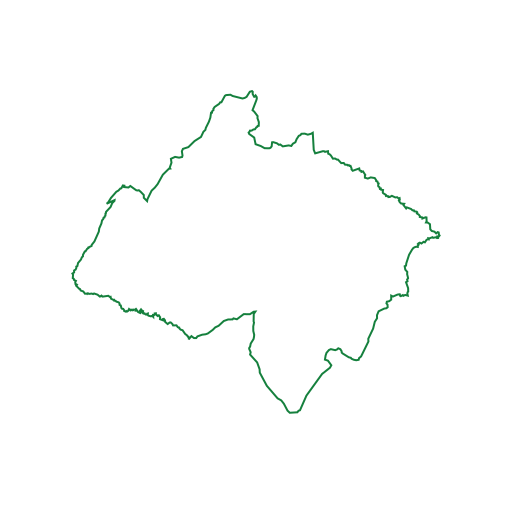 the district of Mkushi, Central, Zambia, rotated 338°
{"feature_id": "96606910B76461295717926", "entity_name": "Mkushi", "entity_type": "district", "adm_level": 2, "iso_a3": "ZMB", "parent_name": "Zambia", "parent_adm1": "Central", "projection": "mercator", "projection_center": [29.248, -13.765], "detail": "fine", "context": "isolated", "style": "outline", "palette": "green", "viewbox_px": 512, "rotation_deg": 338, "n_neighbors": 0, "source": "geoboundaries", "source_scale": "gbopen_adm2", "svg_char_len": 6119}
<svg xmlns="http://www.w3.org/2000/svg" viewBox="0 0 512 512"><g transform="rotate(338 256 256)"><path d="M162.3,308.1L166.1,306.1L167.7,308.8L169.8,309.7L171.6,308.6L176.6,308.8L180.0,309.7L182.3,309.8L188.2,308.3L191.5,306.9L195.2,306.7L201.8,304.2L206.3,304.4L210.5,306.0L211.7,305.4L214.6,307.5L222.8,305.3L228.6,307.7L232.9,306.8L234.6,307.3L232.2,308.9L229.3,315.7L229.2,317.0L227.1,320.2L225.4,324.5L224.8,328.4L223.8,330.3L222.6,332.1L218.3,335.2L216.6,337.8L215.3,338.7L214.9,339.5L215.0,343.2L213.6,345.2L217.2,355.1L216.9,362.4L215.8,365.6L217.4,380.4L222.7,396.1L225.3,399.3L226.5,403.4L227.3,411.2L228.6,414.0L235.8,416.4L237.5,415.4L239.0,415.5L250.5,404.3L273.1,390.1L282.7,387.3L284.9,385.5L283.5,380.0L281.1,377.9L283.3,374.3L285.1,372.2L288.4,370.5L290.5,370.4L294.2,373.0L296.2,373.0L297.7,372.4L299.3,374.0L299.7,376.3L299.3,377.7L299.8,378.8L304.1,384.7L305.8,385.9L306.1,387.1L307.9,388.9L309.9,390.2L312.3,390.7L313.3,389.3L315.8,388.5L328.2,377.4L329.1,374.8L337.4,367.2L341.5,361.5L344.9,359.1L346.0,356.2L349.0,353.2L355.2,352.8L357.3,353.3L358.9,352.8L359.7,350.4L359.2,348.8L360.2,347.4L362.6,347.8L365.0,347.1L366.5,343.4L367.8,344.9L372.7,344.8L374.6,345.2L375.0,345.4L374.7,346.9L375.2,347.5L377.5,347.2L377.7,348.1L379.7,348.0L381.9,349.6L382.3,347.3L383.2,346.2L383.8,346.0L385.0,342.8L385.3,336.5L387.0,336.2L387.3,334.4L388.6,333.7L388.8,333.1L389.3,329.5L390.3,327.4L389.3,324.6L390.0,321.2L391.5,321.1L392.6,319.1L398.4,312.2L402.9,308.7L404.7,307.6L406.2,307.3L408.0,307.4L409.4,308.2L409.8,307.2L411.0,306.5L410.6,305.5L411.5,305.1L412.9,305.0L414.1,306.4L416.7,305.6L417.7,306.6L420.2,304.9L421.3,304.8L422.3,305.3L422.5,304.1L423.2,304.6L426.7,304.7L427.0,305.5L429.7,306.0L430.2,306.7L430.9,306.1L431.2,307.4L431.6,307.5L432.2,306.1L432.8,306.4L433.9,305.8L433.6,304.7L434.2,302.6L433.4,301.9L431.5,302.5L430.6,300.3L428.3,298.6L427.6,296.5L429.2,291.7L427.7,289.3L426.2,288.6L427.2,287.7L428.5,284.1L427.7,283.6L424.3,283.6L424.6,282.5L422.5,281.2L422.9,280.3L422.4,278.6L421.1,276.8L421.9,275.9L421.6,275.1L419.5,273.9L419.5,272.8L418.2,272.3L417.4,270.5L414.0,267.4L413.0,268.1L411.8,263.9L412.9,263.1L410.2,261.7L409.4,259.8L409.3,258.0L410.4,257.7L410.8,256.1L409.8,256.1L408.9,254.4L407.1,253.9L404.5,251.1L402.2,251.4L400.9,251.0L401.1,250.2L399.9,249.6L399.6,248.7L399.0,248.8L399.1,247.6L397.4,245.4L397.4,244.3L398.5,242.4L396.8,241.4L397.0,240.2L396.0,240.1L396.3,238.5L395.5,237.3L395.8,236.0L396.9,234.7L396.3,234.0L396.5,232.4L395.5,231.5L395.8,230.6L395.3,228.2L391.8,226.1L388.7,226.1L386.3,224.2L387.1,222.2L387.7,221.8L386.9,217.6L385.3,217.5L385.4,216.5L384.1,215.5L384.5,213.5L377.6,213.2L377.0,211.5L377.4,210.6L377.4,207.8L376.4,207.5L376.2,206.6L375.0,206.3L374.9,205.7L372.7,204.6L372.2,202.6L369.8,201.8L368.1,197.3L367.1,196.9L365.8,195.2L363.8,194.6L363.1,190.9L362.4,189.3L361.3,188.2L362.0,185.8L359.0,185.3L358.8,184.7L357.4,183.9L349.3,183.0L349.3,179.2L354.8,163.0L352.8,163.3L349.5,162.9L347.0,160.8L343.9,159.7L342.4,160.6L340.7,160.6L337.4,162.9L335.1,165.3L332.2,165.7L330.0,167.2L327.7,165.7L321.9,164.4L320.3,161.7L318.9,161.5L317.6,159.3L314.6,156.9L313.5,156.6L311.6,160.2L310.0,161.1L308.7,161.1L304.4,159.3L301.6,155.8L297.5,152.2L298.7,145.5L295.4,140.3L295.4,138.8L296.8,138.2L297.3,137.5L299.0,138.1L301.0,137.7L302.5,138.1L304.5,136.8L305.6,136.7L306.2,136.0L307.3,136.3L308.8,132.9L309.0,128.7L309.9,126.9L308.4,121.4L307.4,119.5L314.5,111.9L315.7,110.4L316.2,108.9L315.8,107.0L314.4,107.9L313.9,107.7L313.6,104.5L314.5,102.5L314.1,101.6L311.8,101.4L306.9,104.9L304.7,105.2L302.5,104.9L294.3,98.9L292.7,96.9L288.5,95.6L287.2,95.8L281.5,100.5L280.4,100.1L278.9,101.1L273.5,102.3L271.6,103.6L271.3,104.7L269.5,105.4L268.9,106.6L268.0,106.3L265.5,110.6L262.7,113.8L257.5,118.4L256.3,120.1L253.8,121.1L249.6,125.0L242.1,126.4L234.1,129.7L228.4,129.3L226.5,131.1L225.5,135.3L224.6,136.5L221.5,136.0L218.1,133.8L213.5,134.0L212.6,137.8L209.0,141.9L209.2,142.8L207.8,142.5L200.1,145.7L191.7,152.5L187.8,154.7L183.7,156.3L176.7,162.6L175.6,164.3L173.8,160.0L174.8,157.4L173.1,153.2L172.0,151.1L170.9,151.0L169.6,150.2L165.7,144.0L163.4,144.7L159.6,142.7L160.3,141.5L159.0,140.7L156.5,142.8L155.5,142.6L152.9,143.8L150.6,144.1L143.3,147.8L139.2,150.8L137.1,151.6L145.8,151.2L145.4,151.9L142.5,153.1L139.5,156.1L133.5,158.9L132.7,160.3L132.3,160.3L131.5,162.2L130.6,162.5L129.9,163.5L129.0,163.4L128.1,164.6L126.6,165.3L124.8,168.0L121.0,171.7L119.4,174.5L111.6,182.0L107.9,184.1L107.3,185.1L103.7,185.3L103.6,185.9L102.1,186.1L99.7,187.8L99.0,187.6L96.0,190.1L95.4,191.5L94.0,192.0L92.4,193.7L88.4,195.8L86.6,198.4L85.4,198.5L85.0,199.7L83.7,201.0L81.9,201.3L81.2,203.1L79.2,203.5L79.4,204.8L77.8,207.9L78.5,208.9L78.3,210.0L79.7,211.6L78.6,212.5L78.2,214.1L79.0,215.2L78.3,215.3L78.6,216.2L78.2,216.4L79.9,220.4L80.4,220.7L80.5,222.3L82.6,224.2L83.3,226.9L85.2,227.5L85.3,227.9L86.2,227.6L87.0,228.6L89.6,229.3L90.7,230.3L91.8,230.1L94.6,232.5L96.0,235.1L97.5,234.9L97.4,235.3L98.2,235.4L98.6,236.2L104.2,237.6L105.2,239.4L105.9,239.4L105.6,241.3L107.2,243.1L108.0,243.4L107.8,244.3L109.0,244.9L109.4,246.0L111.3,247.5L111.7,248.8L111.2,250.2L112.1,251.2L111.7,253.8L112.0,254.7L113.1,255.3L113.5,257.0L113.2,257.6L114.5,258.9L115.2,258.5L115.8,259.2L116.8,259.0L118.4,257.6L119.1,259.3L120.8,258.6L120.3,259.2L120.8,260.0L121.8,260.2L122.1,259.7L123.6,260.5L124.9,260.1L125.1,260.8L124.2,261.7L125.3,262.1L125.7,263.8L127.4,265.6L128.7,264.8L127.9,264.1L127.8,263.3L129.4,262.4L129.7,263.6L130.7,264.8L129.7,266.5L130.0,267.2L131.2,267.4L131.3,268.2L132.1,269.2L132.9,269.4L133.5,268.7L134.2,268.8L133.5,270.0L133.9,271.0L136.0,272.6L136.7,272.5L137.6,273.2L137.9,273.9L138.5,272.1L139.4,272.6L140.1,272.2L140.5,271.3L141.7,271.6L141.3,272.8L142.3,274.7L143.1,274.3L143.9,274.8L143.8,275.9L144.2,276.8L143.3,278.6L145.8,280.9L146.2,279.6L147.0,279.7L147.5,281.5L147.1,283.1L148.6,286.0L151.0,285.3L152.0,285.6L153.0,287.7L153.1,289.3L156.3,290.5L156.8,292.7L158.0,293.6L157.8,294.3L158.5,296.0L160.1,297.3L161.1,301.7L162.3,303.7L162.6,305.3L163.1,305.5L163.1,306.9L162.3,308.1Z" fill="none" stroke="#15803d" stroke-width="2"/></g></svg>